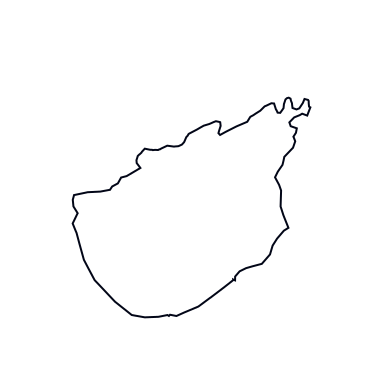 Tukpahblee, Bong, Liberia (Equal Earth projection), rotated 209°
{"feature_id": "62588387B55119976119769", "entity_name": "Tukpahblee", "entity_type": "district", "adm_level": 2, "iso_a3": "LBR", "parent_name": "Liberia", "parent_adm1": "Bong", "projection": "equal_earth", "projection_center": [-9.416, 6.618], "detail": "fine", "context": "isolated", "style": "outline", "palette": "ink", "viewbox_px": 384, "rotation_deg": 209, "n_neighbors": 0, "source": "geoboundaries", "source_scale": "gbopen_adm2", "svg_char_len": 2241}
<svg xmlns="http://www.w3.org/2000/svg" viewBox="0 0 384 384"><g transform="rotate(209 192 192)"><path d="M274.9,101.6L273.2,100.3L265.2,92.0L253.7,80.3L245.8,75.1L237.5,69.7L234.4,67.7L227.1,65.4L206.1,58.7L185.1,55.2L180.6,56.7L180.4,56.8L172.5,59.5L160.8,66.6L153.8,72.5L152.1,72.4L151.7,74.0L145.5,76.0L140.5,82.7L130.9,94.9L125.3,107.2L124.9,108.1L124.5,108.8L123.9,110.2L117.6,124.5L113.2,135.0L113.5,135.4L113.0,135.4L111.5,135.6L113.3,139.0L111.9,145.7L107.8,151.6L105.8,153.6L103.1,156.3L98.0,161.2L96.1,163.0L93.5,175.2L95.5,184.2L95.0,192.5L92.9,202.7L90.3,207.4L100.8,216.0L105.9,220.8L107.0,221.8L107.5,222.3L114.8,236.5L119.2,240.4L119.8,240.8L126.5,245.1L126.8,251.4L126.0,259.6L127.1,263.6L128.3,267.5L125.1,279.7L126.3,286.4L129.4,289.0L130.1,289.5L129.8,294.2L131.2,298.5L137.6,297.4L140.6,300.1L138.8,306.8L135.0,311.5L133.6,313.9L128.3,314.7L128.8,318.3L129.5,323.4L131.0,323.4L132.8,326.0L134.1,328.2L135.1,328.8L138.7,327.9L138.2,323.6L138.7,317.2L140.6,314.9L144.8,314.2L146.8,316.9L147.6,318.1L149.7,319.8L151.1,321.4L153.1,321.4L154.4,320.2L155.1,318.3L154.3,314.0L154.3,313.7L152.6,309.7L152.8,307.6L153.2,304.0L155.6,302.9L157.8,304.6L158.5,304.8L160.4,306.6L162.0,308.1L163.1,309.2L165.6,308.1L168.8,303.6L170.0,302.1L171.7,296.2L174.4,291.3L175.6,288.9L177.4,286.1L177.5,285.1L177.7,280.2L184.7,271.2L185.2,270.5L191.7,260.9L195.1,255.5L197.4,256.3L197.9,258.3L198.9,263.2L199.0,263.7L200.8,266.2L201.2,266.7L202.5,266.4L205.4,265.5L207.1,263.5L208.5,261.6L209.9,259.8L213.9,255.7L216.3,251.8L217.9,249.1L222.5,242.1L222.7,241.8L223.1,241.0L223.1,239.1L223.6,237.2L223.1,232.4L223.1,231.9L223.1,231.6L223.8,228.6L225.7,226.0L226.2,225.4L229.1,223.5L229.7,223.0L236.1,220.5L238.9,216.6L240.0,215.1L240.6,213.9L241.2,213.5L242.0,212.3L244.8,210.9L246.2,209.9L246.6,209.6L247.2,209.6L249.2,208.6L254.3,207.0L255.3,202.9L255.3,201.9L256.1,199.5L256.3,199.2L256.9,197.2L256.4,195.0L256.3,194.4L256.0,192.9L254.4,190.5L249.2,188.2L248.8,188.0L252.0,182.5L256.9,174.2L261.0,170.3L261.0,163.6L264.5,158.1L264.8,154.1L265.5,153.6L272.4,147.9L283.2,141.2L284.2,140.3L293.7,132.1L293.3,130.7L292.5,127.4L288.7,121.9L281.7,118.0L281.7,117.1L281.1,106.6L274.9,101.6Z" fill="none" stroke="#020617" stroke-width="2"/></g></svg>